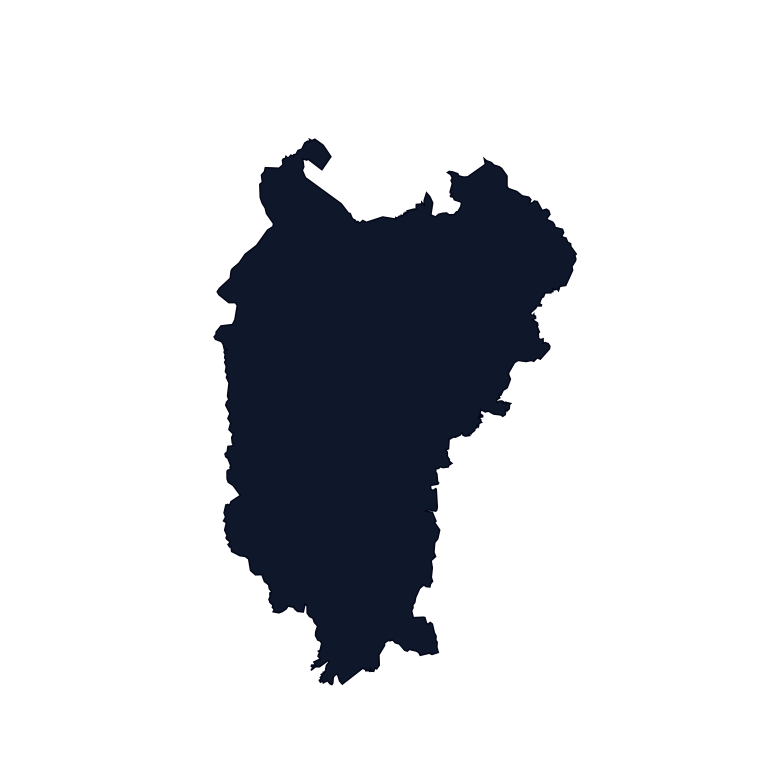 outline of Atzalan, Veracruz, Mexico, rotated 321°
{"feature_id": "50627088B7265793034520", "entity_name": "Atzalan", "entity_type": "district", "adm_level": 2, "iso_a3": "MEX", "parent_name": "Mexico", "parent_adm1": "Veracruz", "projection": "albers", "projection_center": [-97.113, 19.905], "detail": "fine", "context": "isolated", "style": "filled", "palette": "ink", "viewbox_px": 768, "rotation_deg": 321, "n_neighbors": 0, "source": "geoboundaries", "source_scale": "gbopen_adm2", "svg_char_len": 6159}
<svg xmlns="http://www.w3.org/2000/svg" viewBox="0 0 768 768"><g transform="rotate(321 384 384)"><path d="M615.2,404.0L615.7,394.8L617.3,392.5L616.0,389.2L617.3,385.2L614.7,381.2L618.9,379.4L620.1,376.1L615.5,369.9L616.8,367.4L617.0,364.3L614.3,359.0L614.9,357.8L619.7,356.6L621.1,353.0L620.3,350.4L616.1,348.7L617.9,338.7L616.0,336.4L613.2,336.6L611.5,335.7L611.6,334.6L614.2,333.1L614.1,329.9L609.8,324.7L608.4,318.0L603.6,310.2L604.2,307.5L610.5,299.8L611.1,290.4L610.2,287.5L607.2,283.1L606.8,279.4L604.1,274.8L603.7,272.0L601.0,277.1L579.4,275.7L576.2,273.4L573.2,269.5L573.6,266.9L570.9,262.5L568.4,259.8L566.4,259.6L567.6,263.3L566.7,267.1L564.2,268.0L563.3,271.2L556.4,276.2L555.8,277.1L556.7,279.2L554.4,279.2L553.7,280.2L555.4,282.6L554.6,285.1L558.4,291.1L557.9,292.3L555.3,294.5L549.5,296.7L548.7,295.8L545.1,296.5L541.0,293.4L540.3,290.5L537.1,288.3L533.3,286.5L529.2,286.6L526.8,282.1L535.9,273.8L537.5,267.3L537.4,262.2L530.6,266.7L527.9,270.4L527.7,266.5L526.6,267.8L522.1,264.8L519.3,268.1L517.1,268.0L517.8,267.3L516.6,266.5L510.9,264.0L510.5,265.4L508.5,264.1L508.1,265.5L506.9,264.0L504.9,265.3L503.5,263.6L502.4,264.3L501.5,263.2L498.5,263.4L497.9,262.0L496.7,263.0L488.1,253.4L472.1,247.3L470.4,243.5L466.5,243.8L466.0,241.2L464.5,241.1L464.6,238.3L463.4,235.7L465.0,230.3L463.9,228.8L464.2,217.1L452.8,174.2L455.0,166.5L458.3,164.8L462.5,157.8L464.9,161.4L466.5,161.4L470.6,178.4L485.8,173.9L487.0,160.2L484.3,150.2L481.2,149.5L480.1,147.0L479.6,148.3L478.0,148.5L477.8,147.3L474.2,146.8L467.9,149.7L464.1,148.4L460.2,150.1L458.1,149.0L456.9,149.8L455.7,147.5L452.8,148.1L451.2,147.2L451.1,145.4L449.0,146.7L447.6,145.7L445.9,146.2L443.5,150.0L438.3,150.3L427.9,141.2L424.7,143.7L420.2,144.5L416.5,150.6L413.2,150.6L405.2,161.2L403.2,166.6L402.4,172.5L400.0,177.5L399.1,189.8L396.8,191.8L390.4,191.1L372.3,196.1L357.7,195.8L347.5,198.8L338.6,199.0L336.5,199.8L331.0,205.1L316.4,206.1L312.5,207.3L311.9,210.7L314.6,223.1L319.7,227.3L319.3,230.7L308.6,240.2L303.6,242.4L293.9,236.3L286.4,237.9L284.7,239.7L281.6,240.5L281.2,243.2L284.4,248.9L283.9,252.1L281.5,257.0L283.2,258.2L279.8,258.5L279.2,261.1L276.6,263.4L276.3,265.8L273.9,266.7L272.5,271.1L268.5,274.6L268.3,278.1L265.7,279.6L264.2,285.7L254.8,294.9L253.5,298.5L250.3,299.0L247.6,300.9L245.7,310.0L241.0,312.5L240.3,317.8L234.8,321.8L235.4,328.0L232.0,329.7L229.0,334.3L228.9,336.4L226.6,336.4L223.5,334.3L219.5,338.0L216.5,338.2L215.2,340.9L215.9,343.5L213.6,350.8L211.8,351.9L211.1,353.8L208.0,352.6L206.8,353.4L202.4,358.9L201.2,362.2L202.9,368.1L202.3,380.2L191.1,379.1L187.8,381.1L186.7,379.2L185.0,378.5L178.6,383.5L177.2,387.7L173.1,389.4L174.2,392.6L168.2,397.3L166.7,403.1L164.5,404.1L164.1,405.3L164.9,409.4L163.9,410.5L161.8,410.5L161.4,413.5L162.7,414.2L160.2,418.3L164.0,426.8L167.6,430.6L168.7,434.8L162.9,445.0L164.0,451.4L169.1,455.3L166.8,462.2L168.0,467.5L166.0,471.0L166.1,473.9L165.3,475.2L163.8,474.6L161.4,477.8L159.2,478.8L157.9,482.1L158.5,485.8L156.6,487.4L157.0,490.0L154.5,491.2L158.3,495.7L161.9,496.9L166.7,497.2L169.5,496.1L173.6,501.0L173.0,502.0L173.7,506.3L177.8,510.4L184.1,505.4L184.6,508.0L180.1,513.7L179.8,517.7L181.4,521.4L179.8,525.5L180.1,530.3L174.9,533.7L172.4,536.5L171.4,541.3L172.6,543.5L172.5,546.2L166.7,550.8L164.9,550.3L165.3,551.7L161.4,554.0L161.5,557.6L154.5,555.9L154.0,559.2L150.8,556.9L149.8,557.7L150.6,559.3L147.0,560.6L152.9,560.7L155.9,563.2L166.4,563.7L166.4,565.5L162.3,566.4L157.2,570.6L155.3,569.8L155.0,570.9L152.4,570.2L152.1,572.1L149.9,571.9L149.6,573.8L147.3,573.5L146.9,575.7L149.3,576.2L148.7,578.1L153.3,579.0L153.4,583.1L154.3,584.8L155.9,584.3L160.1,579.9L164.3,579.3L164.9,581.1L162.6,586.9L162.7,591.0L188.6,591.5L189.9,594.3L189.4,595.5L191.7,597.0L192.0,598.4L192.8,598.6L194.8,595.4L193.3,599.1L195.1,600.8L198.7,599.0L199.1,600.8L203.3,599.6L209.6,591.3L219.8,587.6L221.5,585.6L226.6,586.0L226.8,587.2L229.7,588.5L229.9,592.2L232.3,595.7L232.5,603.9L234.0,606.3L236.6,606.1L241.0,611.8L242.0,614.5L241.4,617.7L249.8,621.7L251.1,624.4L257.3,626.8L259.4,621.9L262.9,618.0L263.0,615.7L265.8,612.8L266.6,609.0L270.5,601.0L269.9,598.4L266.7,598.3L266.6,596.5L268.8,591.3L268.2,590.3L259.7,584.0L262.8,577.6L265.7,576.2L267.3,573.9L270.5,573.1L274.3,569.8L283.1,565.3L288.6,565.2L289.2,567.9L291.9,570.6L294.4,568.6L297.6,567.9L299.0,564.1L305.9,557.2L309.5,550.9L315.5,550.6L316.9,546.2L323.6,539.2L328.4,538.1L335.4,532.5L336.1,523.5L338.1,523.3L340.8,514.2L335.7,508.1L339.1,509.5L344.1,515.3L345.2,515.4L347.8,513.4L358.3,498.8L358.4,497.9L354.7,497.5L354.3,494.9L356.4,492.1L362.7,495.7L364.2,495.3L364.2,493.6L368.5,487.2L368.9,484.7L370.9,482.5L373.3,484.0L375.4,483.5L377.2,486.1L381.7,488.9L383.2,488.0L386.9,488.4L386.1,484.9L387.3,483.9L387.7,480.1L390.3,476.8L390.5,474.0L393.3,475.0L399.7,468.1L404.3,468.8L406.0,470.3L411.0,471.6L414.2,470.9L413.2,473.5L414.4,475.7L418.1,477.9L417.9,476.5L420.3,477.2L420.0,478.1L420.7,477.2L425.5,477.1L426.6,475.7L428.8,476.4L430.5,474.6L430.5,476.6L433.0,474.4L435.8,475.2L435.7,473.4L436.7,472.9L436.1,469.3L436.8,471.0L437.6,470.3L437.2,468.7L439.3,469.0L438.1,470.5L440.0,471.6L440.8,470.6L440.0,467.3L443.3,465.0L445.1,469.5L448.0,470.7L450.3,476.4L455.1,481.3L456.0,483.9L459.0,484.1L462.5,480.7L462.8,482.4L465.7,482.1L468.6,479.0L470.2,478.9L467.3,475.1L466.4,475.4L466.8,474.6L464.7,473.5L465.5,472.7L464.9,471.3L462.4,469.7L460.7,469.8L460.5,468.3L461.9,467.2L465.3,467.6L466.1,464.9L467.8,466.2L472.6,463.9L477.3,464.5L485.3,459.8L486.9,454.7L488.5,453.5L498.9,449.5L503.1,450.1L508.5,455.9L513.4,458.5L514.6,460.6L519.6,460.1L521.1,463.1L534.8,460.8L536.7,459.0L537.0,456.0L535.4,453.3L533.3,452.5L536.1,449.0L533.7,448.1L532.8,446.0L535.8,441.6L537.4,441.5L539.4,435.0L540.3,435.4L541.7,433.3L539.8,427.2L543.1,428.4L544.4,426.6L543.6,425.1L544.3,424.1L543.0,424.4L542.0,423.3L542.4,420.9L549.5,420.6L552.0,419.6L555.4,422.3L556.2,421.6L555.3,419.5L558.4,417.4L561.0,416.2L562.8,416.6L566.5,414.6L571.1,418.2L571.7,417.4L573.3,418.5L575.4,416.3L575.6,418.0L578.4,419.4L578.3,421.3L582.2,418.8L587.2,421.8L602.2,414.3L604.0,410.9L610.3,408.8L611.8,407.6L613.1,404.2L615.2,404.0Z" fill="#0f172a" stroke="#020617" stroke-width="1.5"/></g></svg>